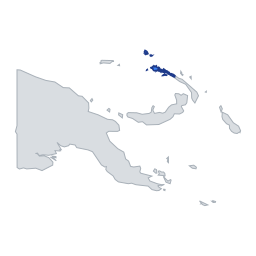 location of Kavieng District, New Ireland, Papua New Guinea
{"feature_id": "67681753B13414924819531", "entity_name": "Kavieng District", "entity_type": "district", "adm_level": 2, "iso_a3": "PNG", "parent_name": "Papua New Guinea", "parent_adm1": "New Ireland", "projection": "mercator", "projection_center": [150.489, -2.205], "detail": "fine", "context": "in_parent", "style": "filled", "palette": "blue", "viewbox_px": 256, "rotation_deg": 0, "n_neighbors": 0, "source": "geoboundaries", "source_scale": "gbopen_adm2", "svg_char_len": 8316}
<svg xmlns="http://www.w3.org/2000/svg" viewBox="0 0 256 256"><path d="M17.1,167.5L17.0,134.1L15.4,131.6L17.0,125.7L17.0,69.8L20.2,70.0L35.5,76.8L45.8,80.4L54.9,82.0L63.2,87.6L69.3,87.9L78.4,95.8L82.1,96.3L88.6,102.9L88.9,108.2L88.2,111.5L98.1,114.8L107.5,119.3L112.6,119.8L115.4,121.4L118.9,125.2L119.6,130.4L117.5,131.4L108.7,131.3L106.3,133.0L109.8,141.2L117.8,148.7L123.8,152.1L125.6,158.9L128.6,161.1L130.6,166.4L133.7,167.0L139.8,166.1L140.7,168.4L139.8,171.8L140.7,173.2L151.9,176.1L148.2,177.9L149.9,181.0L157.2,183.7L161.7,184.7L164.4,184.4L161.2,185.9L158.4,185.5L157.9,185.9L159.0,187.3L161.4,188.7L158.9,190.5L156.5,190.7L152.0,189.6L148.1,186.1L135.9,184.7L131.6,183.2L128.3,183.7L118.4,181.9L115.2,179.5L113.1,175.9L107.2,171.5L105.8,169.4L106.4,166.6L104.8,167.0L101.4,164.9L92.5,151.7L88.0,149.9L76.7,147.6L75.1,145.0L69.8,144.1L68.6,145.7L64.3,146.9L60.7,145.7L57.0,142.4L61.3,149.7L59.8,149.7L60.5,150.8L59.7,151.0L55.0,150.6L56.4,153.6L48.7,155.3L42.9,154.7L40.2,155.4L39.0,155.3L37.5,153.1L35.4,153.5L37.2,153.6L39.4,156.1L44.2,155.8L48.9,157.7L52.9,162.1L52.7,165.1L42.0,170.6L35.8,168.2L26.7,168.9L23.5,167.9L19.4,169.0L17.1,167.5ZM178.9,93.8L181.1,95.3L183.3,93.7L187.6,95.6L186.8,102.8L185.4,104.8L181.8,105.6L181.3,106.6L183.7,110.9L182.7,112.4L179.6,114.0L174.3,113.8L173.0,116.7L170.1,119.3L158.8,124.5L146.5,124.9L142.5,121.7L138.3,122.3L132.6,118.5L127.9,117.0L126.9,115.5L127.0,113.7L128.3,112.6L136.8,112.8L142.2,114.3L149.2,113.4L151.2,112.2L151.9,107.6L153.1,105.7L154.3,106.6L152.8,110.1L154.5,113.4L159.5,112.4L162.7,113.2L165.2,112.2L168.7,107.2L171.5,104.9L176.7,103.8L176.6,100.1L174.8,95.0L175.5,93.5L178.9,93.8ZM240.6,130.8L240.0,132.5L239.7,131.9L237.1,133.5L234.1,133.0L231.5,131.3L229.5,128.4L229.4,125.1L226.5,123.7L222.8,119.5L222.0,116.7L222.3,112.2L227.7,114.8L233.3,122.7L238.6,126.2L240.6,130.8ZM198.5,95.8L194.9,103.0L192.6,100.1L191.7,98.0L191.5,92.5L185.7,84.3L179.8,81.6L167.7,73.0L162.9,71.7L164.1,71.3L164.0,69.2L170.0,73.6L173.7,74.7L178.7,78.2L182.1,79.3L196.8,92.1L198.5,95.8ZM101.8,60.3L113.3,60.6L113.5,61.5L112.0,61.6L110.0,63.4L103.2,62.9L100.2,63.8L100.0,62.5L101.1,62.2L100.9,60.9L101.8,60.3ZM159.6,170.9L161.7,172.1L163.5,172.0L164.8,173.4L165.1,175.8L164.3,176.3L163.8,175.6L158.2,175.1L159.3,173.8L158.3,171.1L159.6,170.9ZM158.2,70.5L154.2,70.5L151.2,67.7L155.1,66.4L158.1,67.7L158.2,70.5ZM167.9,181.1L170.5,179.6L171.1,180.1L170.1,183.7L166.0,182.2L163.3,176.4L167.9,181.1ZM189.3,165.8L193.7,165.2L195.8,166.7L196.4,167.3L196.0,168.8L192.3,168.2L189.3,165.8ZM199.5,200.9L207.8,204.9L204.8,205.6L202.2,204.5L201.8,203.5L200.8,203.8L201.3,203.1L199.5,200.9ZM122.3,117.9L118.6,114.9L118.8,112.9L122.7,114.7L122.3,117.9ZM156.9,173.1L155.8,173.2L153.4,171.1L154.8,168.8L156.5,169.7L156.9,173.1ZM221.1,112.0L219.5,107.2L220.9,105.7L222.3,108.8L221.1,112.0ZM109.6,112.0L107.0,110.1L108.9,108.4L110.0,109.3L109.6,112.0ZM148.2,54.0L146.8,54.3L145.0,52.8L145.5,51.0L147.6,52.1L148.2,54.0ZM92.8,100.1L91.3,101.9L90.3,100.5L92.0,98.6L92.8,100.1ZM168.4,156.9L168.5,162.7L167.3,161.6L167.9,159.2L166.7,158.5L168.4,156.9ZM53.9,158.4L56.3,160.8L50.3,157.0L53.9,158.4ZM56.0,157.8L52.7,156.9L52.1,156.1L55.9,156.5L56.0,157.8ZM215.6,201.5L215.4,202.3L213.2,202.5L211.8,201.3L213.2,201.5L212.9,200.7L215.6,201.5ZM191.1,76.2L191.2,78.9L189.7,77.0L191.1,76.2ZM183.1,74.8L182.4,75.5L180.9,73.7L181.2,73.3L183.1,74.8ZM165.1,189.4L164.9,190.6L163.5,190.0L163.7,189.2L165.1,189.4ZM181.7,72.7L180.6,73.1L180.8,71.2L181.7,72.7ZM119.4,64.3L119.6,65.7L117.9,65.4L119.4,64.3ZM206.4,91.2L206.2,92.4L205.3,92.0L206.4,91.2Z" fill="#d9dde1" stroke="#a8b0b8" stroke-width="1"/><path d="M154.9,66.4L154.6,66.0L154.2,66.2L154.1,66.3L154.3,66.5L154.0,66.5L153.8,66.3L153.8,66.7L153.3,66.5L153.3,66.8L153.0,66.9L153.0,66.7L152.7,66.7L152.5,66.9L152.5,67.1L151.7,67.4L151.3,68.0L151.2,67.9L151.3,67.7L151.1,67.5L151.3,67.4L151.1,67.4L150.9,67.6L150.9,67.8L151.1,68.1L151.9,68.3L152.0,68.1L152.3,68.5L152.7,68.6L152.6,68.8L153.0,69.3L153.0,69.5L153.2,69.9L153.6,70.3L154.2,70.6L154.3,70.8L154.8,70.7L155.1,70.7L155.4,70.5L155.6,70.6L155.8,70.5L156.4,70.7L156.7,70.4L156.8,70.5L156.9,70.4L156.8,70.6L157.1,70.4L157.3,70.5L156.8,70.7L156.8,70.8L157.5,70.5L158.4,70.4L158.5,70.1L158.3,70.1L158.2,69.9L158.4,69.9L158.4,69.5L158.6,68.7L158.4,68.5L158.3,69.0L158.3,67.8L158.0,67.8L157.8,67.6L157.2,67.5L156.7,67.0L155.7,66.8L155.6,66.5L154.9,66.4ZM174.9,75.6L174.7,75.5L174.3,75.1L173.9,75.2L173.4,74.8L173.4,74.6L172.8,74.1L171.8,74.2L171.6,73.8L171.1,73.6L170.6,73.7L170.4,73.8L169.8,73.7L169.4,73.4L169.4,72.7L169.1,72.6L169.0,72.3L168.5,72.3L168.4,72.1L168.0,72.0L167.9,71.7L167.5,71.8L167.2,71.1L167.0,70.9L165.9,70.9L165.6,70.4L165.2,70.2L164.8,69.8L164.4,69.7L163.7,68.9L163.5,69.1L163.5,69.3L163.3,69.9L163.5,69.8L164.0,70.3L164.3,70.3L164.3,70.1L164.5,70.3L164.6,70.2L164.7,70.4L164.7,70.5L164.4,70.5L164.4,70.8L164.5,70.6L165.0,70.8L164.5,71.0L164.8,71.1L164.4,71.2L164.1,71.2L163.9,71.0L163.8,71.3L163.7,71.2L163.5,71.4L163.5,71.7L162.6,71.2L162.2,71.6L162.5,71.9L163.8,72.4L165.3,72.1L165.2,72.0L165.5,72.3L166.2,72.4L166.3,72.3L167.0,73.0L168.2,73.3L168.3,73.6L168.8,74.2L169.2,74.1L169.7,74.6L170.1,74.9L170.4,74.9L171.0,75.5L171.8,75.6L172.8,76.4L173.0,76.4L173.1,76.2L174.2,77.0L174.7,77.0L174.9,75.6ZM146.0,51.0L145.4,50.5L145.0,50.4L144.9,51.0L144.7,51.2L144.6,51.6L144.3,52.0L144.5,52.3L145.0,52.5L145.4,53.0L146.1,53.5L146.5,53.4L146.6,53.1L147.1,53.8L147.3,53.5L147.5,53.7L147.9,53.6L147.9,53.4L147.5,53.1L147.5,52.9L146.9,51.5L146.3,51.0L146.0,51.0ZM164.9,74.1L164.9,74.3L164.5,74.3L164.2,74.6L163.8,74.6L163.6,75.0L163.3,74.9L162.8,75.4L163.0,75.5L163.5,75.2L163.7,75.3L163.8,75.1L164.0,75.1L163.9,75.0L164.0,74.9L164.1,75.1L164.3,75.0L164.5,75.0L164.8,75.2L165.0,75.2L164.8,75.1L165.1,75.0L165.6,75.2L166.1,75.1L166.2,75.3L166.5,75.3L166.7,75.1L166.1,75.0L166.0,74.7L165.7,74.5L165.2,74.4L164.9,74.1ZM151.4,55.6L151.4,55.2L151.1,55.0L151.0,55.5L150.4,55.4L150.5,55.7L150.4,55.8L150.7,56.0L150.8,55.7L151.8,56.0L152.1,55.7L151.7,55.8L151.4,55.6ZM160.2,70.7L159.6,70.6L159.5,70.8L160.1,71.0L160.5,71.5L160.5,71.3L160.8,70.9L160.3,70.9L160.2,70.7ZM161.2,71.2L161.1,71.4L161.5,71.7L162.0,72.0L162.4,71.8L161.8,71.4L161.2,71.2ZM162.7,71.1L162.4,70.8L162.0,71.0L162.1,71.5L162.7,71.1ZM160.9,70.4L160.6,69.7L160.3,70.0L160.6,70.2L160.8,70.5L160.9,70.4ZM159.6,68.4L159.4,67.8L159.1,67.7L159.3,68.4L159.4,68.6L159.6,68.4ZM159.7,69.1L159.8,69.0L159.8,68.7L159.6,68.5L159.4,68.6L159.4,68.8L159.7,69.1ZM146.2,54.0L145.8,54.0L146.0,54.0L146.3,54.4L146.6,54.6L146.2,54.0ZM159.9,69.8L159.9,69.5L159.7,69.3L159.5,69.7L159.9,69.8ZM158.8,67.4L158.2,67.0L158.8,67.7L158.8,67.4ZM145.8,54.3L145.2,54.2L145.5,54.5L145.7,54.4L145.8,54.3ZM161.3,70.3L161.1,70.4L161.1,70.6L161.4,70.5L161.3,70.3ZM158.6,70.5L158.5,70.4L158.2,70.5L158.3,70.7L158.6,70.5ZM159.1,70.6L159.1,70.2L158.9,70.4L159.1,70.6ZM158.9,70.5L158.6,70.5L158.7,70.8L159.0,70.6L158.9,70.5ZM160.5,69.7L160.2,69.9L160.1,70.1L160.5,69.7ZM159.0,69.1L158.8,69.2L159.0,69.4L159.1,69.2L159.0,69.1ZM147.4,69.8L147.3,69.6L147.1,69.9L147.4,69.8ZM162.6,75.6L162.7,75.3L162.5,75.6L162.6,75.6ZM159.0,67.5L158.8,67.7L159.0,67.8L159.1,67.6L159.0,67.5ZM161.8,70.5L162.0,70.5L162.0,70.4L161.8,70.5ZM156.4,66.0L156.4,65.8L156.3,65.7L156.2,65.8L156.4,66.0ZM159.7,70.2L159.8,70.0L159.7,69.9L159.6,70.0L159.7,70.2ZM162.7,70.9L162.8,70.8L162.6,70.7L162.6,70.8L162.7,70.9ZM164.4,70.8L164.7,70.7L164.4,70.8ZM161.1,70.2L161.3,69.9L161.1,70.1L161.1,70.2ZM146.3,53.9L146.6,53.7L146.3,53.9ZM161.3,70.7L161.2,70.9L161.3,70.8L161.3,70.7ZM159.9,70.1L160.1,70.1L159.9,70.1ZM158.1,67.0L158.0,66.9L157.9,66.8L158.0,66.9L158.1,67.0ZM145.8,53.3L145.7,53.3L145.8,53.4L145.8,53.3ZM160.3,70.5L160.4,70.3L160.2,70.4L160.3,70.5ZM163.4,69.3L163.4,69.2L163.4,69.3ZM153.4,66.1L153.6,66.1L153.4,66.1ZM153.3,66.4L153.2,66.3L153.3,66.4ZM161.2,71.1L161.4,71.1L161.2,71.1ZM158.5,70.1L158.4,69.9L158.4,70.0L158.5,70.1ZM160.4,70.7L160.5,70.7L160.4,70.6L160.4,70.7ZM165.4,74.4L165.2,74.3L165.4,74.4ZM160.9,70.7L161.0,70.7L160.9,70.7L160.9,70.7ZM146.8,70.1L147.0,70.0L146.8,70.0L146.8,70.1ZM163.1,71.0L163.1,70.9L163.1,71.0ZM162.5,70.4L162.4,70.3L162.3,70.2L162.3,70.3L162.5,70.4ZM164.4,70.5L164.6,70.4L164.4,70.5ZM151.7,67.1L151.8,67.1L151.7,67.1ZM161.6,70.4L161.7,70.5L161.6,70.4L161.6,70.4ZM159.9,69.2L159.7,69.1L159.9,69.2Z" fill="#3b82f6" stroke="#1e3a8a" stroke-width="1.5"/></svg>